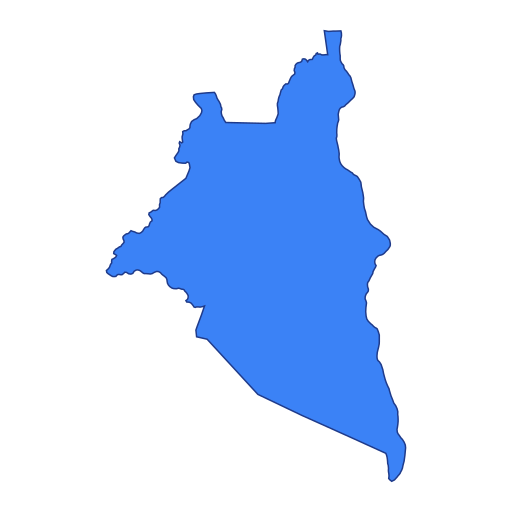 outline of Muquém do São Francisco, Bahia, Brazil
{"feature_id": "56859067B68849060485807", "entity_name": "Muquém do São Francisco", "entity_type": "district", "adm_level": 2, "iso_a3": "BRA", "parent_name": "Brazil", "parent_adm1": "Bahia", "projection": "natural_earth1", "projection_center": [-43.521, -12.213], "detail": "fine", "context": "isolated", "style": "filled", "palette": "blue", "viewbox_px": 512, "rotation_deg": 0, "n_neighbors": 0, "source": "geoboundaries", "source_scale": "gbopen_adm2", "svg_char_len": 6033}
<svg xmlns="http://www.w3.org/2000/svg" viewBox="0 0 512 512"><path d="M214.4,92.4L206.2,92.9L199.9,93.5L196.4,94.0L194.1,94.8L193.4,96.7L193.7,99.6L195.6,102.4L197.9,105.1L201.3,108.5L201.9,110.5L201.5,112.7L199.8,115.7L196.7,118.6L194.1,119.7L191.6,121.5L190.3,124.2L190.0,125.9L189.9,127.7L188.9,129.0L187.4,129.8L186.0,130.7L184.1,130.8L182.7,131.6L182.9,133.9L182.1,136.8L182.2,138.7L182.4,140.1L182.7,142.1L181.7,142.9L179.7,141.7L179.2,143.1L180.0,145.4L179.6,147.1L178.8,148.8L178.9,150.7L178.1,152.4L176.0,155.4L174.4,157.9L175.9,161.3L178.5,162.6L182.2,163.1L184.5,163.2L185.7,163.2L187.0,162.1L188.2,162.3L189.2,163.2L190.0,167.7L189.0,170.9L185.9,178.3L172.1,189.2L168.6,192.0L165.7,194.8L164.6,196.2L163.3,197.4L161.5,197.6L160.3,198.7L160.2,200.5L160.2,202.6L159.5,204.7L159.6,207.2L158.5,208.7L156.9,210.0L155.4,210.5L153.2,210.3L151.7,211.4L150.5,212.3L149.2,212.8L148.8,214.6L149.9,216.3L151.3,218.0L152.0,219.4L152.0,220.8L150.4,222.0L149.6,223.7L149.1,225.6L148.3,226.7L147.0,227.0L145.8,227.1L144.7,227.9L143.6,229.5L142.8,231.0L141.2,232.5L139.4,233.4L137.9,233.2L136.5,232.9L135.1,232.1L133.9,231.7L132.4,231.3L131.0,230.7L129.9,231.9L128.9,233.0L127.8,233.7L126.3,233.9L124.9,234.9L123.6,236.0L122.9,237.1L123.1,238.9L124.0,240.8L124.0,242.4L122.8,243.8L121.7,245.0L120.8,246.5L119.6,246.8L118.5,247.5L117.4,248.4L116.1,249.0L115.0,250.2L113.9,251.7L113.7,253.6L115.0,254.3L116.6,255.4L116.0,256.8L114.7,257.9L113.2,258.8L111.9,259.4L111.6,261.1L111.7,262.9L110.6,264.3L110.0,265.9L109.5,267.3L108.1,269.0L106.4,270.5L106.8,272.5L108.1,273.7L110.2,275.1L111.6,276.0L112.7,276.5L114.1,276.6L115.9,276.4L116.7,275.4L117.7,274.6L118.9,274.4L120.4,274.7L122.0,274.7L123.6,273.5L124.8,272.2L126.6,272.4L128.7,273.8L130.9,274.1L132.8,273.4L134.2,271.2L136.1,270.1L137.3,269.9L139.0,270.2L140.3,270.8L142.0,272.2L143.0,273.0L144.2,273.6L146.0,273.6L147.2,273.7L148.7,273.8L150.3,274.0L152.2,273.6L154.0,272.5L156.4,271.5L158.1,271.5L159.4,272.0L160.5,272.7L161.7,274.1L163.0,275.2L164.1,276.0L166.1,277.7L166.9,279.5L167.1,281.2L167.5,283.3L168.4,285.0L169.8,286.6L172.0,288.1L173.7,288.6L175.5,288.7L176.7,288.7L178.4,288.2L179.9,288.5L181.3,289.1L183.0,289.3L184.2,289.9L184.9,291.2L185.9,292.1L187.0,293.5L188.2,295.7L188.1,297.8L187.4,299.5L185.9,300.6L186.7,302.0L189.2,302.2L190.8,302.9L191.9,304.0L193.3,305.8L193.9,306.9L195.2,307.4L196.6,306.9L198.2,306.9L200.1,307.1L201.6,306.8L203.1,306.5L204.5,306.0L201.5,314.8L197.0,326.9L195.9,330.1L196.6,336.8L207.1,339.2L257.9,394.4L302.3,415.6L319.5,423.3L353.7,438.7L385.8,453.3L386.6,455.3L387.1,457.3L387.4,459.4L387.6,461.7L387.7,463.6L388.2,465.2L388.5,468.3L388.4,470.5L388.5,472.0L388.8,473.5L389.0,475.8L388.9,477.1L388.7,478.5L389.8,479.8L391.7,481.3L394.5,479.9L397.3,476.8L398.0,475.8L399.1,474.6L400.1,473.3L400.6,472.1L401.5,470.5L402.4,468.3L403.0,465.3L404.1,461.1L404.9,455.3L405.3,450.9L405.6,447.9L405.3,445.0L404.1,442.1L402.4,439.4L400.8,437.7L399.2,435.3L398.1,433.9L397.3,432.2L397.0,429.3L397.4,427.4L397.8,424.6L398.1,421.5L398.1,419.2L398.0,416.6L397.7,414.5L397.8,411.7L397.1,408.8L395.7,405.7L393.8,403.1L392.7,400.0L391.0,395.8L389.5,390.8L389.0,388.7L387.7,386.1L386.3,382.8L385.5,380.5L385.0,378.9L383.6,373.7L382.8,369.6L381.1,364.5L379.5,362.0L377.8,360.4L377.2,358.8L377.0,357.1L377.0,355.5L377.3,352.3L378.6,347.0L379.2,343.9L379.3,341.7L379.3,335.0L378.3,331.7L377.2,328.9L376.2,328.1L375.1,327.6L373.7,326.5L372.2,324.9L370.8,323.8L368.3,321.3L366.8,319.0L366.1,316.0L365.7,311.7L365.9,307.7L366.5,302.9L366.0,301.0L365.1,298.8L365.2,296.7L365.7,295.1L366.4,293.6L367.4,292.5L368.3,291.0L368.4,289.2L367.6,286.7L367.4,284.3L367.7,282.5L368.9,280.9L370.3,277.8L372.7,273.6L373.1,271.5L374.6,268.6L375.4,267.4L376.1,265.6L375.0,263.7L374.7,261.8L375.0,259.8L376.1,257.9L378.1,256.0L379.3,255.4L381.5,254.9L382.7,254.4L384.3,253.2L385.8,251.5L387.9,249.5L389.9,246.5L390.3,245.1L390.3,243.4L389.6,240.1L387.9,237.4L387.2,236.4L386.1,235.7L383.9,234.3L380.5,231.2L378.4,229.7L373.7,227.2L370.4,224.1L367.5,219.6L366.6,216.8L365.5,211.7L364.4,208.3L363.8,204.8L363.4,201.3L363.6,198.1L363.3,195.9L362.8,192.7L362.2,190.2L361.4,186.9L361.1,184.3L360.8,182.2L359.2,179.3L357.3,176.5L355.8,175.6L354.2,174.9L353.2,174.1L352.3,172.9L350.6,172.0L348.7,170.6L347.1,169.6L345.6,168.8L343.9,167.5L342.1,165.7L340.7,163.7L339.7,161.3L339.2,158.7L339.0,157.2L339.2,153.8L338.7,150.0L338.2,147.6L337.9,145.9L337.4,143.8L336.8,141.4L336.5,140.0L336.3,138.1L336.8,136.8L336.9,135.0L336.7,132.8L336.8,129.0L337.1,126.4L337.7,122.9L338.2,121.7L338.7,119.9L338.2,114.3L338.5,112.7L339.0,110.6L339.5,109.3L340.3,108.2L341.6,107.2L343.2,106.8L344.6,106.1L345.8,104.7L348.1,102.8L350.6,100.3L352.5,98.6L354.1,96.8L354.8,94.6L355.1,93.0L355.0,91.2L353.9,88.4L353.0,85.1L351.8,81.4L350.9,77.8L350.0,76.0L348.8,74.7L348.0,73.4L346.6,71.4L344.9,69.6L343.9,67.5L343.8,66.0L343.2,64.8L342.2,63.9L341.3,62.5L340.4,60.6L340.2,58.9L340.2,55.7L339.9,54.0L339.7,51.8L339.6,49.8L339.6,48.3L339.7,46.3L340.3,44.3L340.9,40.5L340.8,38.8L341.3,37.0L341.5,35.5L341.4,32.9L340.9,30.9L335.2,31.1L333.0,31.1L330.6,31.3L328.2,31.4L326.7,31.1L324.3,30.7L327.7,54.7L326.0,54.6L324.0,54.9L321.8,54.9L320.0,54.0L318.0,54.2L317.5,52.9L316.2,53.5L315.8,54.9L314.2,55.9L313.2,57.4L312.3,59.4L309.8,59.6L308.4,60.4L307.7,61.8L306.4,60.1L305.5,59.2L303.9,58.8L302.4,59.1L301.7,61.3L300.3,62.3L299.1,62.5L297.4,63.0L295.9,64.3L295.1,65.6L295.1,67.3L294.4,68.7L294.2,70.6L294.9,72.3L294.7,74.0L293.3,75.1L292.1,76.0L291.2,77.1L290.4,78.6L289.0,81.9L288.6,83.1L287.6,84.0L285.8,83.9L284.1,85.4L283.2,86.6L282.5,88.7L281.2,90.0L280.3,93.2L280.0,94.6L279.4,95.9L278.9,97.2L278.4,99.2L278.1,101.3L277.4,103.4L277.4,105.5L277.8,108.1L278.0,110.3L278.1,111.8L278.2,113.8L277.5,115.8L276.8,117.7L275.8,119.8L275.3,121.3L275.2,122.7L265.6,123.4L225.8,122.5L224.2,120.1L223.4,118.2L222.0,115.8L221.4,113.7L221.2,111.6L221.8,109.6L221.6,107.9L220.9,106.7L220.5,104.4L219.0,101.4L218.0,99.9L217.0,98.1L216.2,95.6L215.4,93.8L214.4,92.4Z" fill="#3b82f6" stroke="#1e3a8a" stroke-width="1.5"/></svg>